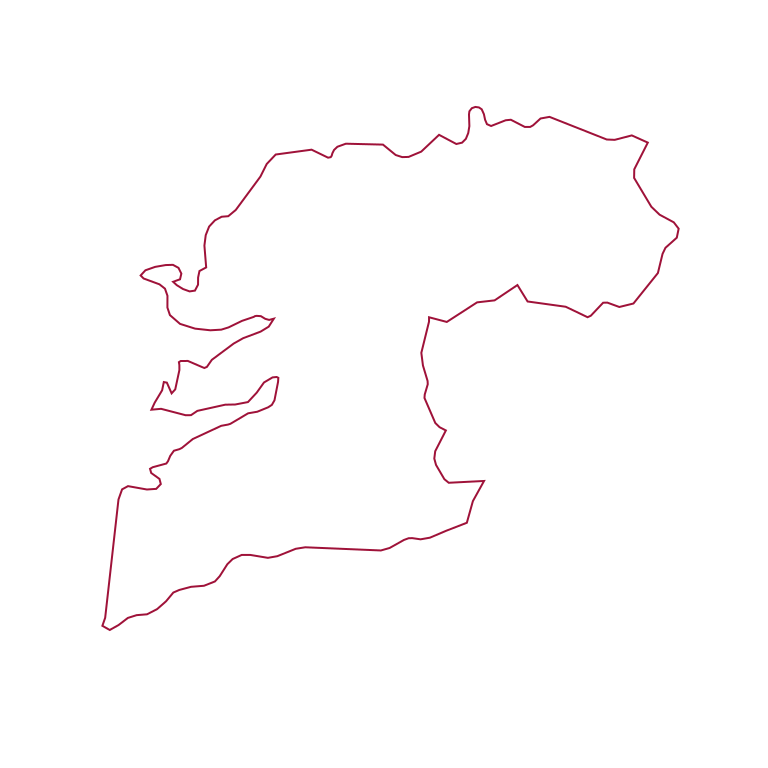 an SVG outline of Pontevedra, rotated 11°
{"feature_id": "ESP-5840", "entity_name": "Pontevedra", "entity_type": "Autonomous Community", "adm_level": 1, "iso_a3": "ESP", "parent_name": "Spain", "parent_adm1": "", "projection": "natural_earth1", "projection_center": [-8.552, 42.371], "detail": "fine", "context": "isolated", "style": "outline", "palette": "rose", "viewbox_px": 768, "rotation_deg": 11, "n_neighbors": 0, "source": "natural_earth", "source_scale": "10m", "svg_char_len": 2749}
<svg xmlns="http://www.w3.org/2000/svg" viewBox="0 0 768 768"><g transform="rotate(11 384 384)"><path d="M472.9,516.3L458.4,526.1L449.5,529.5L441.2,529.9L437.6,530.7L433.3,533.3L420.8,543.9L412.7,548.0L337.9,559.3L328.8,562.6L312.1,573.4L303.2,576.8L285.5,577.3L277.0,578.9L268.8,584.7L264.6,590.8L259.4,604.0L255.7,610.1L245.8,616.4L233.3,619.9L222.4,625.2L217.0,628.9L211.5,638.9L204.2,648.3L195.3,655.3L185.3,658.1L177.2,662.5L169.4,671.3L161.7,677.8L153.7,675.1L154.9,666.7L145.4,548.0L147.0,537.4L152.2,533.1L171.4,532.8L180.4,530.4L184.0,524.8L181.7,520.0L172.5,515.8L170.5,511.9L172.9,509.8L185.5,503.6L186.7,501.0L187.9,495.3L190.5,489.6L195.6,487.0L197.8,485.3L206.8,474.5L232.2,456.1L238.6,453.6L240.8,452.4L256.2,438.7L264.9,435.4L274.7,429.0L277.9,425.9L279.6,420.9L279.6,402.2L279.1,398.1L277.3,397.6L273.3,398.8L265.9,405.4L260.7,416.8L253.9,427.7L241.9,432.5L232.1,434.6L205.9,446.0L200.5,451.4L195.3,452.5L169.9,450.9L160.6,453.6L162.5,446.0L167.4,432.5L167.5,424.1L170.6,424.1L177.3,433.7L180.1,429.1L180.5,409.4L179.5,404.4L178.5,401.7L180.1,400.2L187.1,398.8L204.5,402.6L206.9,401.0L210.4,393.1L228.7,373.0L237.0,365.9L252.9,356.1L259.9,349.7L263.4,340.9L259.0,343.0L255.0,342.7L250.2,340.9L246.0,341.4L244.4,342.0L243.3,343.0L232.6,349.1L220.6,358.1L213.9,361.7L203.3,364.4L188.0,365.7L172.3,363.9L160.7,357.2L156.8,350.3L154.6,338.7L150.8,332.2L144.6,329.0L127.9,326.3L124.4,323.9L128.1,317.9L137.0,312.7L147.0,308.9L154.1,307.3L160.1,309.2L164.0,314.3L163.8,320.1L157.5,323.9L161.7,326.5L168.5,329.1L175.5,330.2L180.6,328.4L182.5,322.0L181.2,314.9L181.3,308.3L187.2,303.5L181.3,282.4L180.6,271.9L182.3,262.8L186.8,255.6L192.7,250.8L199.1,249.0L205.3,241.4L223.1,204.0L226.9,190.4L233.9,179.4L268.2,167.8L285.9,172.5L288.4,171.5L289.1,169.9L289.3,167.4L290.3,163.8L293.0,160.0L300.7,155.4L337.3,149.2L351.8,157.0L358.6,157.8L364.8,156.4L376.2,148.8L390.5,128.9L409.2,134.6L414.6,132.2L417.6,127.7L418.8,121.6L418.6,114.6L416.0,103.2L415.8,100.0L417.6,96.5L420.8,94.6L424.4,94.4L427.5,95.7L430.6,100.1L432.8,105.3L435.5,109.3L439.9,110.3L453.1,101.9L458.1,100.4L473.2,104.8L478.4,103.8L481.0,101.6L487.0,93.5L495.5,90.2L556.0,101.5L563.9,100.3L579.8,92.7L596.9,96.7L588.7,125.5L590.2,134.0L612.6,159.0L622.2,165.2L637.6,170.0L643.6,175.3L643.5,184.5L634.3,196.6L632.6,203.1L631.7,222.8L613.5,257.4L600.3,263.5L587.7,261.5L583.6,262.4L574.0,277.5L571.1,279.6L547.6,273.5L509.2,275.6L496.1,261.4L476.6,280.8L459.8,286.1L433.8,311.1L415.5,309.9L416.3,314.2L414.7,346.3L418.7,358.4L426.2,372.7L427.0,375.9L426.0,386.5L426.4,390.0L441.8,412.5L446.8,415.8L453.6,417.8L447.1,440.2L447.6,447.6L450.5,453.5L461.4,465.9L466.4,468.6L500.7,460.1L493.6,482.0L491.8,504.4L472.9,516.3Z" fill="none" stroke="#9f1239" stroke-width="2"/></g></svg>